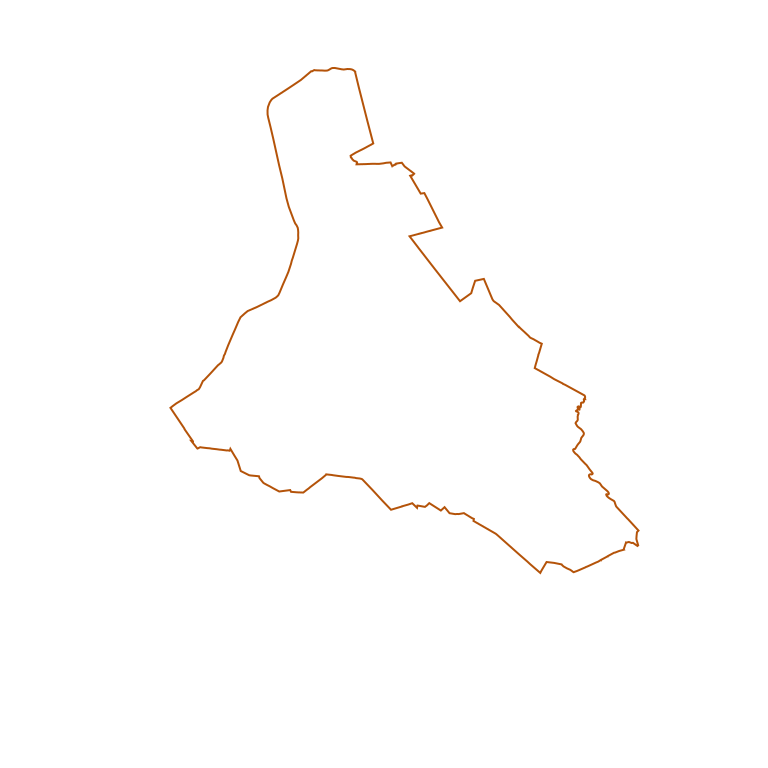 the district of Gaigalavas pag., Rezeknes, Latvia, rotated 49°
{"feature_id": "27541924B98236726322583", "entity_name": "Gaigalavas pag.", "entity_type": "district", "adm_level": 2, "iso_a3": "LVA", "parent_name": "Latvia", "parent_adm1": "Rezeknes", "projection": "robinson", "projection_center": [27.105, 56.746], "detail": "fine", "context": "isolated", "style": "outline", "palette": "amber", "viewbox_px": 768, "rotation_deg": 49, "n_neighbors": 0, "source": "geoboundaries", "source_scale": "gbopen_adm2", "svg_char_len": 6075}
<svg xmlns="http://www.w3.org/2000/svg" viewBox="0 0 768 768"><g transform="rotate(49 384 384)"><path d="M262.4,553.4L262.0,558.4L262.0,559.3L261.9,560.8L286.7,563.9L287.1,564.1L287.3,564.2L302.0,565.8L302.2,566.0L301.0,566.8L310.2,567.2L310.4,567.1L311.1,564.2L312.1,563.4L316.5,559.4L318.0,557.9L319.2,556.9L319.5,556.7L320.5,555.8L323.5,553.0L325.7,551.1L326.7,550.1L327.6,549.3L331.1,546.2L331.6,545.4L333.1,544.3L333.1,544.1L333.0,543.7L332.9,543.6L332.5,543.0L332.2,542.5L340.1,543.9L345.6,544.8L355.7,549.2L364.4,545.6L365.5,544.7L371.6,538.9L373.4,539.7L379.3,539.9L380.2,539.7L383.2,538.6L386.4,537.3L389.6,536.2L396.4,533.6L402.5,524.4L404.4,524.9L408.9,520.5L413.0,516.1L413.2,511.6L413.4,509.3L413.4,507.4L414.4,492.8L414.5,486.9L414.4,486.8L418.5,483.0L419.3,482.4L423.2,479.0L429.3,473.5L430.9,471.8L434.9,468.2L435.5,467.6L436.7,466.8L439.4,464.3L440.8,463.3L441.4,463.0L442.0,462.9L443.8,462.8L456.6,462.2L470.7,461.8L483.5,461.2L488.3,450.6L488.2,450.5L488.3,450.3L490.9,444.8L492.5,440.9L499.1,440.3L497.8,438.7L497.7,438.5L497.9,438.3L501.0,435.8L503.6,433.7L503.8,431.4L503.6,428.0L516.8,424.1L516.7,419.1L524.5,419.3L529.0,415.6L529.9,414.3L531.2,412.9L533.9,408.4L535.3,408.0L542.9,405.6L544.8,404.7L546.1,406.3L570.3,397.9L572.0,397.6L602.1,393.7L604.2,393.4L612.0,392.3L615.8,391.9L629.1,390.0L628.2,387.8L627.4,385.4L625.0,378.1L630.6,373.0L636.7,368.3L637.2,368.4L639.4,368.2L643.1,366.9L644.4,366.3L646.3,365.4L648.1,364.9L649.4,364.7L650.5,364.3L650.8,363.4L651.7,361.1L652.5,358.7L652.8,357.7L654.6,352.0L654.6,351.6L655.1,350.4L657.8,341.2L658.6,338.8L659.1,335.6L659.3,335.6L659.2,335.3L660.7,328.6L660.9,328.3L660.7,328.1L662.3,321.0L662.7,320.5L662.9,320.0L664.3,316.1L666.4,311.7L666.1,311.7L662.4,305.3L662.9,305.1L663.1,304.3L663.3,304.0L663.9,302.8L666.5,301.4L667.2,300.3L672.5,299.0L672.5,298.0L667.5,295.7L666.5,295.2L664.3,293.0L661.8,290.3L661.6,288.1L646.0,288.5L645.5,288.6L629.6,289.1L628.9,289.1L628.4,289.0L625.8,288.0L624.7,287.5L624.2,287.3L623.2,287.2L622.8,287.3L619.6,288.4L617.5,289.0L616.3,289.2L615.2,289.3L614.5,289.3L613.6,289.0L613.2,288.8L613.1,288.5L613.3,288.2L614.3,287.5L614.5,287.0L614.5,286.7L614.1,286.1L613.6,285.9L612.8,285.7L612.4,285.7L611.3,285.7L604.4,286.7L600.9,286.3L600.4,286.3L598.7,286.8L596.6,287.7L595.4,288.3L593.9,289.3L593.2,289.6L591.5,290.2L589.9,290.2L589.2,290.1L588.3,289.8L587.8,289.6L587.3,289.1L587.2,288.8L587.2,288.3L587.3,287.9L587.5,287.5L588.5,286.6L588.6,286.3L588.7,285.9L588.6,285.5L588.4,285.2L587.7,285.0L583.1,284.8L580.2,284.5L578.1,284.3L576.2,284.5L570.4,284.8L569.5,284.8L567.3,284.6L565.5,284.7L564.3,284.7L562.0,285.2L561.4,285.2L559.9,285.2L558.6,285.0L557.9,284.5L557.6,284.2L557.6,283.9L557.6,283.6L558.3,282.5L558.3,282.3L558.3,282.1L558.1,281.5L557.7,280.3L557.3,279.1L556.8,277.4L556.3,274.1L556.1,273.5L555.7,272.9L554.1,270.4L553.8,269.0L553.5,267.2L553.0,266.3L552.8,265.9L552.4,265.6L551.9,265.3L550.8,265.1L550.1,265.0L547.5,264.9L545.6,265.3L543.8,265.7L542.7,265.8L540.8,265.5L539.2,265.1L538.7,263.7L538.7,262.8L538.6,262.3L538.4,261.7L538.0,261.1L535.6,259.2L534.9,258.2L534.5,258.0L534.4,257.3L534.0,256.6L533.5,256.2L533.1,256.0L532.3,256.1L531.7,256.3L530.9,256.8L530.5,256.9L530.3,256.8L530.3,256.6L530.3,256.1L530.6,255.6L530.6,255.3L530.6,255.0L530.1,254.5L530.1,254.3L531.5,253.3L531.2,252.8L530.9,252.7L530.3,252.8L529.7,252.9L529.2,253.1L528.9,253.2L528.4,253.1L528.3,252.7L528.4,252.0L529.2,251.4L529.8,251.1L530.4,250.8L530.3,250.4L529.1,249.2L528.1,248.3L527.8,247.7L527.8,247.2L527.7,247.2L527.8,246.8L528.3,246.4L528.7,245.8L528.7,245.6L528.5,245.3L528.3,244.8L528.4,244.5L528.0,244.0L526.8,243.4L526.6,243.1L526.7,242.9L526.9,242.6L527.4,242.1L527.2,242.0L526.4,241.9L525.9,240.8L524.9,240.3L524.1,240.2L503.3,247.9L501.8,248.6L501.6,248.8L501.1,248.8L500.8,248.8L491.9,252.4L487.6,253.7L470.9,259.8L468.8,256.7L466.9,253.7L466.7,253.4L463.5,248.6L463.3,248.5L462.1,246.3L457.1,238.5L455.0,239.5L451.7,240.6L449.8,241.3L448.5,241.7L445.8,242.9L445.0,243.2L444.4,243.3L442.5,243.3L431.5,244.5L429.4,244.6L429.4,244.9L419.6,245.1L415.8,245.0L399.8,245.3L393.6,246.8L392.7,246.8L391.2,246.6L370.2,239.7L365.9,247.5L369.9,254.2L372.7,258.6L371.4,272.3L330.1,270.2L303.6,268.7L302.7,268.6L302.4,268.6L289.3,267.8L304.1,237.5L297.9,236.3L273.5,230.0L266.4,228.3L264.4,231.4L244.0,227.6L244.9,225.7L245.2,225.7L245.1,223.3L244.8,223.3L235.3,225.3L233.3,225.7L228.7,225.4L226.2,229.3L226.3,229.3L225.6,230.8L225.8,230.9L226.0,231.2L226.0,231.3L225.6,232.2L225.3,232.8L225.3,233.3L225.3,233.7L225.1,234.0L224.7,234.4L224.8,234.8L221.1,233.7L218.5,237.2L217.0,239.8L214.5,243.5L210.5,247.9L205.9,253.7L200.2,260.6L199.7,259.9L199.7,259.5L199.6,259.3L198.9,258.9L198.5,258.9L198.3,258.9L197.6,259.3L197.1,259.5L196.4,259.9L195.4,260.4L194.7,260.3L193.9,260.5L191.6,260.1L191.3,260.2L191.2,260.3L189.8,259.4L190.9,253.3L193.1,244.8L195.4,234.3L174.6,224.0L143.4,208.3L129.7,201.2L129.6,200.9L129.1,200.8L127.1,201.2L125.5,201.9L124.1,203.0L122.9,204.3L122.3,204.9L120.3,208.0L118.8,209.4L113.2,213.8L112.0,215.2L111.5,216.0L111.1,217.3L110.9,218.8L110.4,220.8L109.9,221.6L108.7,223.1L107.0,224.8L104.0,228.1L101.9,230.3L101.3,230.7L100.8,233.2L100.2,233.7L100.0,247.3L99.5,251.4L98.2,261.6L95.5,281.0L95.7,282.8L96.5,285.5L98.8,289.8L101.1,292.4L104.3,295.1L107.1,296.7L115.7,301.1L126.3,306.7L150.2,319.7L162.0,325.8L179.9,335.8L187.8,339.6L201.4,344.7L204.6,345.7L206.9,345.9L209.5,346.6L211.4,347.8L213.5,349.4L215.3,351.1L217.9,353.2L219.3,354.9L221.2,357.7L228.9,370.0L230.3,372.5L232.4,375.5L236.7,382.7L239.2,387.8L242.8,395.4L246.5,402.8L247.7,405.6L247.8,407.1L247.8,409.1L246.7,414.2L245.6,417.8L242.6,429.2L239.5,439.0L239.4,442.8L239.5,448.5L241.5,453.3L245.2,460.9L247.3,465.4L252.5,476.1L255.8,482.4L257.0,484.4L257.3,485.4L257.7,486.4L258.9,488.0L260.6,491.3L261.0,492.6L261.0,495.9L260.9,496.9L262.2,508.2L262.8,514.3L263.0,516.4L263.1,517.4L262.9,518.6L263.6,520.2L265.7,524.9L266.2,526.5L266.4,527.3L266.0,529.2L266.0,530.6L265.6,532.9L264.3,541.4L263.5,547.1L262.4,553.4Z" fill="none" stroke="#b45309" stroke-width="2"/></g></svg>